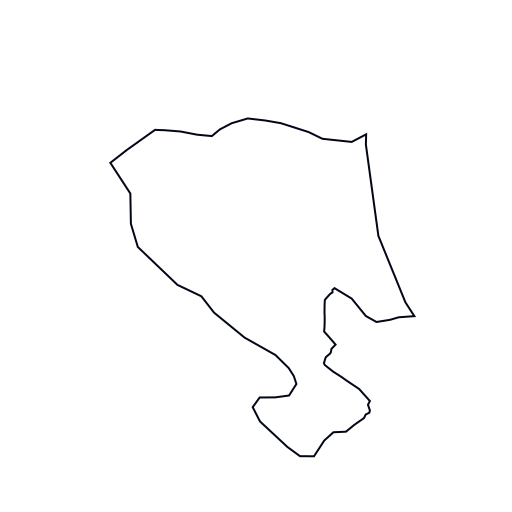 Calabar South, Cross River, Nigeria, rotated 117°
{"feature_id": "59680162B50827827535662", "entity_name": "Calabar South", "entity_type": "district", "adm_level": 2, "iso_a3": "NGA", "parent_name": "Nigeria", "parent_adm1": "Cross River", "projection": "equal_earth", "projection_center": [8.325, 4.916], "detail": "fine", "context": "isolated", "style": "outline", "palette": "ink", "viewbox_px": 512, "rotation_deg": 117, "n_neighbors": 0, "source": "geoboundaries", "source_scale": "gbopen_adm2", "svg_char_len": 1151}
<svg xmlns="http://www.w3.org/2000/svg" viewBox="0 0 512 512"><g transform="rotate(117 256 256)"><path d="M333.5,88.7L327.7,103.7L325.8,119.5L325.5,121.4L325.0,124.5L324.0,134.8L321.9,145.2L320.7,146.8L315.9,147.7L314.3,147.8L309.3,145.7L307.7,145.6L304.5,146.6L298.8,144.9L294.7,155.0L292.4,161.0L288.7,162.5L284.6,164.4L279.2,167.1L275.1,169.4L271.0,171.4L268.0,172.9L263.9,174.7L261.2,174.1L256.0,172.7L253.7,171.3L251.6,172.5L249.0,171.5L250.5,151.4L259.6,130.9L260.1,118.7L252.0,107.6L245.8,101.0L237.7,87.6L229.4,101.9L182.5,156.1L106.8,208.7L97.6,213.1L110.9,222.5L121.4,250.0L121.7,265.5L126.4,294.2L131.1,309.4L137.2,325.8L148.8,338.0L159.5,345.6L169.2,349.8L174.7,363.7L179.3,379.7L185.4,394.5L187.8,399.6L189.4,403.2L219.9,419.1L239.1,428.1L257.4,396.3L284.1,382.1L301.6,365.4L317.4,312.9L316.7,286.4L325.5,267.7L333.9,229.1L335.4,193.7L341.0,176.0L345.8,167.8L351.7,161.9L365.3,163.2L373.3,174.8L380.4,188.5L392.2,190.3L401.6,177.3L411.9,141.3L414.4,125.9L408.1,113.4L389.4,111.4L377.9,107.0L371.7,96.1L361.7,91.7L351.4,86.2L347.5,86.3L344.2,83.9L341.9,84.4L337.7,88.7L333.5,88.7Z" fill="none" stroke="#020617" stroke-width="2"/></g></svg>